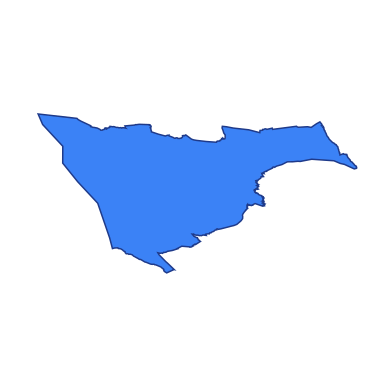 the district of Åsnes nor, Hedmark, Norway, rotated 186°
{"feature_id": "86288312B76254808109163", "entity_name": "Åsnes nor", "entity_type": "district", "adm_level": 2, "iso_a3": "NOR", "parent_name": "Norway", "parent_adm1": "Hedmark", "projection": "equal_earth", "projection_center": [12.086, 60.681], "detail": "fine", "context": "isolated", "style": "filled", "palette": "blue", "viewbox_px": 384, "rotation_deg": 186, "n_neighbors": 0, "source": "geoboundaries", "source_scale": "gbopen_adm2", "svg_char_len": 6011}
<svg xmlns="http://www.w3.org/2000/svg" viewBox="0 0 384 384"><g transform="rotate(186 192 192)"><path d="M353.2,253.5L347.6,243.5L325.3,224.0L323.6,207.2L306.7,190.2L284.6,171.0L269.1,137.7L265.2,127.4L263.2,128.2L260.2,128.7L259.9,128.7L259.8,128.4L259.4,128.1L257.2,128.1L255.1,127.2L253.9,126.2L252.4,125.7L252.2,124.8L251.0,123.7L249.4,123.9L248.3,123.4L247.0,123.7L244.9,123.3L243.3,122.1L238.4,120.1L237.4,119.5L235.9,119.5L231.4,117.4L230.6,117.4L225.7,116.0L224.1,115.9L222.2,116.2L221.3,115.7L220.5,115.8L215.1,114.2L214.2,113.4L213.4,113.1L212.1,112.2L212.2,111.8L211.8,111.5L211.8,110.9L211.2,110.1L208.7,108.9L202.6,112.5L202.8,112.7L202.7,113.1L201.6,113.0L208.8,118.6L210.8,120.0L217.2,125.3L218.2,126.1L219.6,128.0L217.3,127.7L215.8,128.1L214.8,127.9L214.0,129.0L213.0,129.0L211.2,129.6L210.3,130.4L205.4,131.8L200.4,134.0L200.8,134.2L196.5,137.0L188.6,137.2L188.4,136.9L186.8,137.3L185.0,138.6L185.6,138.9L183.5,140.5L183.0,140.1L178.5,143.7L179.2,144.0L179.3,144.4L179.6,144.7L180.8,145.1L180.9,145.7L181.8,146.7L181.9,147.2L182.9,147.2L185.5,148.2L186.2,149.0L187.0,149.7L187.4,150.1L186.6,150.1L186.1,150.4L184.4,149.6L183.4,149.5L181.6,149.7L180.2,149.3L179.6,149.6L178.2,149.5L176.5,150.4L173.3,150.3L173.7,150.9L174.3,151.2L174.2,151.4L171.8,152.1L170.4,152.2L170.3,152.9L170.0,153.0L169.9,153.3L168.8,153.4L168.6,153.8L167.7,154.5L166.3,155.1L165.1,156.5L163.8,156.9L163.9,157.0L163.6,157.4L163.7,157.6L163.3,157.9L163.0,158.0L162.1,157.6L159.6,158.3L146.3,163.3L144.0,164.5L140.2,168.5L138.9,170.8L139.0,172.9L139.4,174.3L139.0,175.6L137.9,177.6L136.1,180.1L136.3,180.1L134.9,181.7L135.7,182.1L135.5,182.6L135.8,183.1L135.2,183.9L135.7,184.0L136.0,184.6L135.4,185.6L135.3,185.3L134.4,185.1L133.9,185.3L133.8,184.9L133.4,184.8L132.6,185.0L132.5,184.8L131.6,185.0L131.3,184.8L131.1,185.0L130.9,185.1L130.3,185.2L130.4,185.5L128.1,187.1L120.2,185.3L119.3,185.6L119.8,185.8L119.3,186.0L119.6,186.2L118.4,186.6L118.3,187.0L119.0,187.0L118.8,187.2L119.5,187.4L119.3,187.7L119.6,187.9L119.3,188.0L121.0,188.4L120.5,188.9L119.8,188.9L119.9,189.2L119.4,189.6L119.9,190.0L120.2,189.7L120.6,190.0L120.3,190.2L121.0,190.3L120.3,190.7L120.1,190.5L120.3,190.9L120.0,191.1L120.1,191.4L120.4,191.3L120.6,191.5L120.7,191.3L120.8,191.4L120.4,192.3L120.6,192.5L120.4,192.6L120.6,193.0L120.2,193.1L120.3,193.3L120.1,193.5L120.6,193.8L120.1,193.9L120.4,194.2L120.9,194.0L120.5,194.4L120.6,194.7L121.4,194.9L121.7,194.9L121.7,194.6L121.9,194.6L122.0,195.0L122.4,195.3L122.1,195.4L122.3,195.7L122.8,195.7L124.9,196.2L125.7,196.7L126.0,197.2L126.9,197.3L126.4,197.5L126.6,197.7L127.2,197.5L127.9,198.0L128.1,197.9L128.0,197.7L128.4,197.7L128.4,197.9L128.7,198.2L129.4,198.4L129.4,198.8L129.7,198.9L129.4,199.5L130.0,200.0L129.3,200.2L129.4,200.5L129.7,200.3L130.1,200.5L130.2,200.8L129.0,201.3L128.6,201.7L127.8,201.7L127.6,201.4L126.7,201.7L127.6,202.2L127.1,202.3L127.5,202.6L127.5,203.0L127.3,203.2L127.6,203.5L127.5,203.8L126.6,204.3L127.6,204.9L127.1,205.1L127.5,205.4L127.1,205.7L127.7,205.7L127.1,206.1L126.9,206.2L126.7,205.9L126.6,206.1L127.6,206.4L127.5,206.8L127.9,207.4L128.4,207.4L128.5,207.9L129.0,208.0L128.7,208.3L129.4,208.9L129.3,209.4L129.7,209.9L128.4,210.4L128.0,209.9L127.0,211.4L125.2,212.8L124.9,213.5L125.0,214.3L124.0,214.7L123.5,214.5L122.5,214.8L123.8,216.2L124.6,217.8L122.8,217.8L123.2,218.1L122.6,218.4L123.1,218.8L121.2,220.1L120.0,220.3L119.8,220.5L120.0,220.8L113.9,224.5L114.7,224.4L114.1,225.2L113.1,225.4L112.8,225.2L112.7,225.3L111.9,225.5L111.6,225.9L110.5,226.6L105.4,228.7L100.8,231.7L100.1,232.0L95.0,232.6L90.0,233.6L87.6,233.7L76.4,237.1L54.1,237.9L47.5,235.9L43.3,235.4L33.3,232.0L32.5,232.0L32.0,232.4L30.9,232.7L31.0,233.0L30.8,233.8L31.2,234.2L31.3,234.8L33.3,235.8L33.6,236.4L35.1,237.6L35.5,238.2L37.5,239.1L38.1,240.4L40.8,242.8L41.2,243.9L41.8,244.5L41.7,245.0L42.1,245.6L43.2,245.3L43.6,245.6L44.9,245.4L45.5,245.9L48.7,244.3L49.0,245.5L49.3,245.7L49.1,246.3L49.7,246.9L49.7,247.1L50.4,248.5L50.5,249.2L51.2,250.5L51.7,252.2L53.4,253.6L53.4,254.0L55.2,254.8L55.8,255.4L57.1,255.8L58.0,256.4L61.1,258.9L62.1,260.4L63.8,262.1L64.6,263.9L66.4,266.7L66.3,266.9L67.2,267.7L67.1,268.0L67.6,268.9L67.5,269.2L68.3,269.8L67.8,270.0L68.2,270.7L69.1,271.6L69.3,271.7L69.5,271.4L69.8,271.3L70.2,271.5L70.3,271.7L70.0,271.9L69.8,272.7L70.7,273.8L71.5,274.3L72.1,275.1L75.3,272.9L80.2,268.7L83.9,269.0L92.9,267.5L94.3,267.8L94.9,268.3L118.4,262.7L118.9,263.9L124.1,262.1L124.7,262.4L125.9,262.5L127.5,261.6L128.2,261.6L128.3,260.8L130.8,260.3L130.8,258.1L142.1,259.8L157.6,259.9L164.6,260.5L168.7,260.5L168.8,258.8L167.5,256.3L166.6,254.0L165.0,252.2L164.7,249.7L164.8,248.7L165.0,248.2L165.9,248.2L166.9,248.8L166.8,248.0L168.1,248.2L167.9,247.5L169.2,246.5L169.3,246.2L169.6,246.2L169.9,245.6L171.9,245.3L172.6,244.9L172.8,244.1L173.8,244.0L182.9,243.7L192.9,243.8L195.7,244.0L198.0,244.5L204.6,248.4L204.4,248.2L204.6,248.0L204.5,247.7L205.1,247.2L206.7,247.3L207.0,246.9L207.3,246.9L207.1,246.0L207.6,245.1L208.3,244.6L208.5,244.3L208.9,244.4L209.6,244.0L211.7,243.8L212.3,244.3L213.6,244.2L214.2,243.7L214.9,243.6L216.5,244.3L220.6,245.4L220.8,246.1L221.1,245.8L221.6,246.0L222.5,245.8L224.4,244.9L231.5,246.0L238.7,247.6L238.8,248.6L239.2,249.1L239.3,249.8L240.0,251.1L239.6,251.2L239.6,251.3L240.1,251.9L239.7,252.1L239.5,252.9L239.9,253.6L240.3,253.7L240.7,254.4L240.9,254.4L241.0,253.9L241.6,254.1L241.6,254.5L251.6,253.8L254.5,253.1L255.3,253.1L256.0,252.6L265.6,250.7L265.2,250.1L265.1,248.9L264.7,248.6L266.9,248.8L267.8,248.7L268.6,248.2L269.4,248.6L271.3,248.2L272.6,248.5L274.0,248.3L276.6,248.9L277.5,248.6L280.0,248.7L279.9,248.5L280.8,248.1L280.6,247.8L280.9,247.4L282.7,246.7L283.0,246.2L283.6,245.6L283.8,245.6L284.3,246.2L284.2,246.7L284.7,246.7L285.5,246.3L285.6,245.8L285.5,245.4L286.1,244.9L287.1,244.7L287.5,244.2L289.2,243.9L290.0,244.6L291.0,245.0L293.0,245.7L296.3,246.0L297.5,245.9L298.4,246.3L299.4,246.3L299.8,246.6L299.6,247.3L310.0,250.9L312.9,252.2L314.1,253.2L353.2,253.5Z" fill="#3b82f6" stroke="#1e3a8a" stroke-width="1.5"/></g></svg>